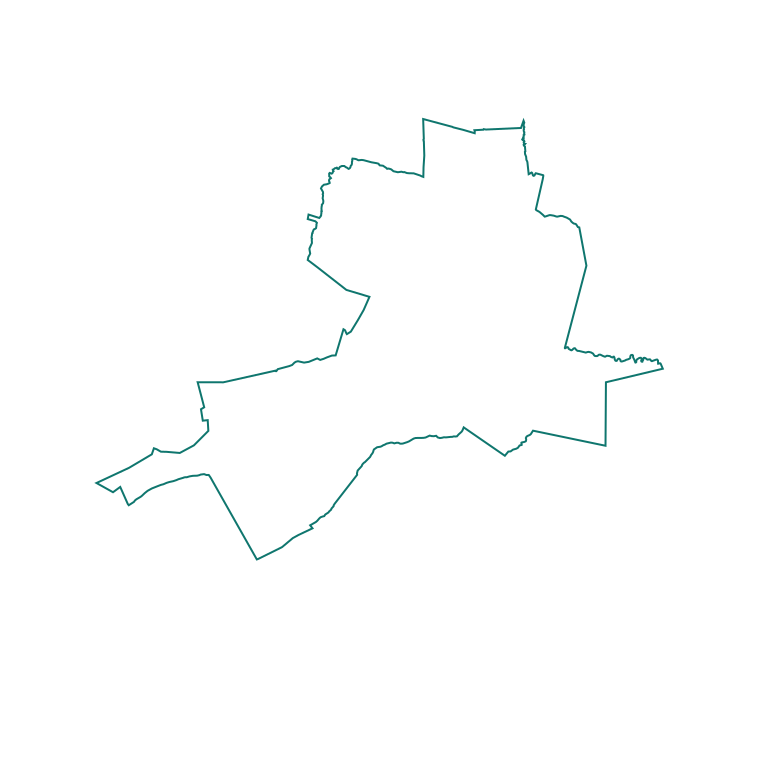 Santiago, Nuevo León, Mexico, rotated 318°
{"feature_id": "50627088B26802208573865", "entity_name": "Santiago", "entity_type": "district", "adm_level": 2, "iso_a3": "MEX", "parent_name": "Mexico", "parent_adm1": "Nuevo León", "projection": "robinson", "projection_center": [-100.188, 25.372], "detail": "fine", "context": "isolated", "style": "outline", "palette": "teal", "viewbox_px": 768, "rotation_deg": 318, "n_neighbors": 0, "source": "geoboundaries", "source_scale": "gbopen_adm2", "svg_char_len": 6166}
<svg xmlns="http://www.w3.org/2000/svg" viewBox="0 0 768 768"><g transform="rotate(318 384 384)"><path d="M425.8,518.2L431.2,517.4L433.0,518.8L436.0,519.1L439.0,520.6L440.8,521.0L443.6,520.4L445.5,521.4L446.0,520.9L446.6,519.7L447.0,519.6L447.4,519.7L449.4,520.9L450.9,521.4L451.4,521.3L452.4,520.5L452.8,520.0L453.2,519.1L454.7,518.5L455.8,518.6L458.2,519.4L459.5,519.5L463.5,518.4L507.3,578.1L550.1,531.2L601.4,559.2L603.1,554.3L603.2,553.6L602.8,553.1L601.8,552.7L601.3,552.3L603.3,549.9L603.4,549.1L603.3,548.5L602.1,547.8L598.4,546.3L598.1,545.8L598.2,543.8L598.0,543.5L596.0,542.1L595.7,540.3L595.5,539.5L594.9,538.6L594.4,538.4L592.6,539.6L591.7,539.7L591.0,540.3L590.7,540.2L590.4,539.6L590.5,539.1L590.9,538.6L592.1,538.1L592.5,537.4L592.4,536.4L591.9,535.9L590.9,535.4L588.3,535.0L587.1,535.5L586.1,536.5L585.5,536.5L585.2,536.3L585.3,535.8L586.3,533.4L586.8,531.4L587.1,530.7L588.0,529.6L588.1,528.8L587.8,528.3L586.6,527.8L585.7,528.2L584.4,529.4L583.7,529.5L582.0,529.0L580.2,528.1L578.8,527.8L576.1,526.6L575.3,525.9L575.2,525.1L575.9,524.0L575.7,522.6L575.2,522.1L574.2,522.0L572.4,522.5L571.8,522.0L571.6,521.4L571.8,520.4L573.0,518.4L573.1,517.5L572.7,517.2L572.1,517.3L571.5,517.1L570.8,515.8L570.5,514.4L568.6,512.2L566.5,511.6L565.6,510.0L564.5,507.2L564.1,506.6L563.1,506.0L561.6,506.0L561.0,505.8L559.9,504.8L559.4,504.0L559.4,503.2L559.7,501.3L559.0,499.1L557.6,497.1L556.6,496.4L555.0,495.7L551.1,490.0L550.1,489.0L549.9,488.7L549.7,486.9L549.8,485.2L549.4,484.8L548.6,484.5L546.6,484.6L545.9,484.4L545.6,484.0L544.8,481.6L544.9,480.9L545.3,480.2L545.1,479.5L544.6,479.1L542.6,478.7L542.4,478.5L542.5,478.2L613.6,431.5L633.9,398.3L633.1,397.1L633.6,394.1L633.5,393.3L632.4,391.7L632.1,390.5L631.9,388.6L632.3,386.3L631.1,382.6L629.9,380.4L629.1,378.7L627.8,377.3L624.8,375.6L624.1,374.8L622.8,372.5L620.9,370.1L619.9,369.2L616.0,367.5L615.4,367.1L615.3,364.8L614.7,360.2L613.5,356.7L613.6,355.9L638.9,338.1L641.7,335.9L642.0,335.4L641.8,335.0L637.8,328.9L637.5,328.9L635.3,329.7L634.9,329.6L634.4,329.3L634.3,328.6L635.3,326.3L635.2,325.6L634.2,325.3L633.3,325.3L631.9,324.9L639.0,315.1L639.4,314.3L639.8,312.7L641.7,310.2L642.7,307.5L644.1,305.7L644.7,305.7L647.6,301.9L647.5,300.4L647.9,299.6L648.3,299.5L649.0,300.1L649.6,300.0L649.1,299.4L649.3,298.2L649.5,297.9L649.9,297.6L650.6,297.7L650.9,297.1L651.0,296.7L650.3,295.4L650.4,294.7L651.0,294.6L651.8,295.1L652.2,294.9L652.3,294.6L652.2,294.0L652.4,293.8L653.1,293.9L654.4,292.4L655.1,292.7L655.3,292.6L655.9,291.4L656.8,290.8L656.8,290.1L657.8,288.6L658.5,288.4L659.2,287.2L660.2,287.0L660.5,285.6L660.7,285.3L661.3,284.9L661.5,284.4L663.1,283.7L663.9,281.7L657.1,285.4L630.0,263.1L628.6,261.3L628.0,261.5L621.0,255.9L620.5,257.0L619.2,258.3L612.9,248.1L607.2,239.6L606.9,238.7L590.4,213.3L577.5,228.6L576.9,228.7L576.1,229.8L576.2,230.1L566.8,241.2L558.5,249.3L551.8,256.4L550.9,254.7L550.4,253.3L547.0,247.3L543.6,244.1L542.2,242.6L540.9,240.1L540.0,239.5L539.0,237.9L536.0,235.9L533.4,232.2L533.0,229.4L532.2,227.9L531.3,226.7L530.3,226.2L530.3,225.1L529.3,221.1L527.1,218.6L527.3,216.6L526.3,215.0L523.0,210.8L518.6,204.0L517.4,202.6L514.8,200.7L514.5,200.2L514.0,198.7L513.2,197.4L511.4,195.4L510.5,195.9L510.0,196.7L509.6,197.1L509.0,197.3L507.5,198.9L506.5,199.5L505.3,199.6L504.1,200.4L503.2,200.7L502.4,200.7L501.6,200.4L501.1,198.0L500.7,197.4L500.4,195.5L498.6,193.8L496.6,193.2L495.4,193.4L494.4,193.9L494.0,193.7L493.7,193.5L493.8,191.8L493.6,191.6L493.2,191.7L493.1,192.0L492.7,191.3L491.9,190.8L489.9,190.7L489.7,190.4L489.9,189.9L489.2,190.5L488.9,192.1L488.1,192.1L487.1,192.7L485.9,192.7L484.9,190.8L484.1,190.9L482.2,193.1L482.4,194.6L482.3,195.5L480.5,195.3L479.6,195.7L479.0,196.4L478.5,197.8L478.1,198.3L477.0,198.0L475.0,197.2L472.7,195.7L470.1,195.7L468.0,196.5L467.2,200.3L466.4,201.5L465.4,201.9L465.1,202.8L464.2,203.7L462.7,204.9L461.7,206.9L461.1,207.7L459.7,208.9L457.7,209.2L457.1,210.0L456.5,210.3L454.7,212.0L453.4,213.9L453.0,213.7L452.0,215.0L451.3,215.5L450.1,216.6L449.8,216.6L449.3,217.0L447.0,217.3L441.3,207.6L437.7,210.4L441.9,217.2L442.0,219.3L440.4,220.3L440.0,220.9L437.8,222.7L437.0,222.7L435.4,222.2L434.9,222.3L432.4,223.5L432.1,224.0L431.5,223.9L427.9,226.9L427.7,227.9L426.8,228.5L424.8,231.0L419.3,233.4L418.6,234.2L416.4,237.7L414.6,238.4L412.9,238.9L410.3,240.8L412.5,252.1L419.0,288.9L431.5,309.5L418.4,315.4L407.5,319.0L394.4,322.9L389.8,322.1L389.9,321.3L390.9,318.3L391.0,317.8L390.5,316.2L367.2,330.4L364.3,328.0L359.3,326.0L356.0,324.9L352.7,323.4L351.5,320.3L342.9,317.2L338.9,314.6L335.3,309.5L333.4,308.5L331.7,308.2L328.5,308.4L325.6,307.3L315.0,301.9L312.6,302.4L312.1,301.9L312.4,301.5L265.7,275.2L246.7,258.0L234.8,281.0L231.1,280.3L224.8,290.0L228.8,292.9L222.1,301.3L201.7,302.4L186.1,298.6L177.0,288.9L172.9,285.0L171.4,280.4L170.0,277.8L164.4,280.9L138.5,275.7L104.1,265.2L110.2,283.1L119.1,284.0L113.3,301.8L113.2,303.3L119.3,304.3L121.0,303.9L122.9,304.0L127.7,305.0L129.1,305.1L133.2,305.0L136.8,305.2L141.6,306.3L147.3,308.4L150.7,309.7L153.0,310.9L156.3,312.0L158.9,313.2L162.4,315.2L165.4,316.5L167.5,317.2L172.1,319.4L173.0,319.7L174.3,320.6L175.0,321.3L177.6,322.5L180.6,324.4L183.8,327.1L185.8,328.2L187.1,328.6L190.0,330.6L191.2,332.9L192.6,334.0L192.9,334.4L192.5,337.5L172.1,429.3L173.7,429.9L199.1,437.0L213.1,437.5L219.5,439.0L234.3,443.4L234.6,439.6L241.2,441.0L242.9,441.0L246.0,440.6L247.7,440.6L249.7,441.4L251.2,442.2L253.0,441.7L256.8,442.3L257.9,442.0L260.7,442.0L261.6,441.4L264.7,441.1L265.4,440.5L267.1,440.0L303.3,433.5L304.0,432.4L306.5,430.7L312.5,430.1L313.3,429.6L314.7,429.2L316.5,429.1L317.5,429.3L324.9,428.9L327.0,428.1L328.9,427.8L330.5,427.2L331.7,426.4L332.7,425.9L336.6,426.4L339.5,428.3L340.8,428.7L342.5,429.0L344.0,429.6L345.9,430.0L350.0,432.2L351.1,433.4L351.9,435.0L354.2,436.2L355.4,437.4L356.1,439.2L358.0,440.8L362.5,442.8L364.3,443.4L369.5,444.4L371.4,445.3L377.1,450.3L379.1,451.6L383.4,452.9L384.7,454.8L386.2,456.2L388.1,457.4L388.2,459.7L389.4,461.6L391.0,462.7L392.9,463.7L394.3,465.1L398.4,468.1L399.3,468.9L400.9,469.7L401.9,470.8L403.2,471.7L405.7,471.4L409.6,471.4L411.0,471.1L414.2,469.6L425.8,518.2Z" fill="none" stroke="#0f766e" stroke-width="2"/></g></svg>